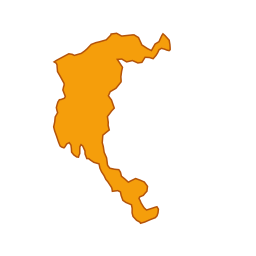 Psematismenos, Larnaca, Cyprus, rotated 339°
{"feature_id": "46923920B35113056649454", "entity_name": "Psematismenos", "entity_type": "district", "adm_level": 2, "iso_a3": "CYP", "parent_name": "Cyprus", "parent_adm1": "Larnaca", "projection": "equal_earth", "projection_center": [33.351, 34.757], "detail": "fine", "context": "isolated", "style": "filled", "palette": "amber", "viewbox_px": 256, "rotation_deg": 339, "n_neighbors": 0, "source": "geoboundaries", "source_scale": "gbopen_adm2", "svg_char_len": 2164}
<svg xmlns="http://www.w3.org/2000/svg" viewBox="0 0 256 256"><g transform="rotate(339 128 128)"><path d="M90.7,181.5L96.0,182.8L98.0,185.0L97.4,188.7L97.3,193.7L99.4,196.8L103.7,200.9L103.1,204.5L101.4,208.7L101.0,212.4L102.9,217.2L105.0,219.7L105.9,221.0L105.0,221.4L110.0,221.8L113.8,221.6L116.0,221.5L118.5,221.5L121.4,221.5L122.6,220.9L123.6,220.4L125.6,218.0L127.3,214.7L126.8,211.9L125.2,211.7L120.5,211.5L115.9,211.2L114.5,208.5L114.0,206.4L113.3,202.5L113.3,200.1L113.0,197.7L114.3,196.5L118.1,196.4L120.8,194.9L123.0,193.8L125.3,189.5L123.9,184.3L120.7,181.1L117.0,177.9L112.2,178.3L108.9,178.7L106.7,174.3L104.6,170.7L105.1,166.5L104.5,163.6L100.7,161.7L96.6,159.0L95.6,155.6L95.7,154.9L97.3,148.2L97.0,142.2L98.3,136.4L98.7,132.5L101.9,125.7L105.4,124.5L109.8,123.1L110.4,118.4L111.6,115.6L112.9,109.9L119.0,106.1L122.3,104.5L122.6,96.0L121.2,90.9L124.4,87.7L131.0,86.6L138.0,82.5L138.4,81.8L139.7,77.6L142.4,72.7L144.6,69.4L142.6,60.1L146.9,61.4L150.4,65.8L156.3,66.6L160.5,70.8L164.5,71.7L169.3,68.1L173.3,69.9L176.3,72.3L180.1,70.3L182.5,68.5L185.0,66.1L187.7,65.6L190.4,67.5L192.2,69.2L194.1,70.5L195.4,70.0L196.0,68.4L197.0,65.2L197.9,60.8L195.7,55.1L194.4,52.6L192.8,53.7L190.3,56.1L187.9,58.5L183.4,59.3L181.2,61.1L177.6,64.1L174.6,60.8L170.7,55.4L170.2,47.3L167.0,43.2L165.6,42.7L155.0,39.9L151.3,35.5L145.9,34.2L145.2,35.1L139.3,37.9L132.2,37.3L128.7,36.8L123.6,36.8L118.0,39.5L115.0,40.6L111.1,41.6L103.9,41.0L102.3,39.2L99.3,37.5L85.6,39.2L82.7,39.8L84.3,41.9L84.3,43.8L83.5,46.3L82.4,50.1L83.3,55.9L84.3,63.3L83.8,65.0L82.5,66.6L80.8,69.2L80.8,72.3L80.8,76.0L79.4,77.4L76.9,77.4L75.7,77.4L74.1,77.0L71.9,78.6L70.1,80.9L68.4,83.3L68.0,85.9L67.8,88.5L64.0,91.6L61.8,96.0L59.0,100.3L58.5,104.4L58.4,109.8L58.1,116.4L58.2,120.4L59.1,121.9L61.1,123.6L62.4,123.0L65.1,120.9L67.9,120.6L68.6,123.6L67.8,126.8L66.7,130.3L67.7,133.6L69.7,136.6L71.3,137.5L72.3,136.1L73.8,134.6L75.0,131.5L76.3,128.3L78.2,126.7L79.3,128.6L79.6,134.0L78.6,136.9L78.6,141.8L80.3,142.5L81.6,144.7L83.8,147.8L88.1,151.1L87.4,155.4L87.6,159.3L88.6,163.9L88.9,168.0L89.9,171.0L91.3,177.4L91.3,178.8L90.7,181.5Z" fill="#f59e0b" stroke="#b45309" stroke-width="1.5"/></g></svg>